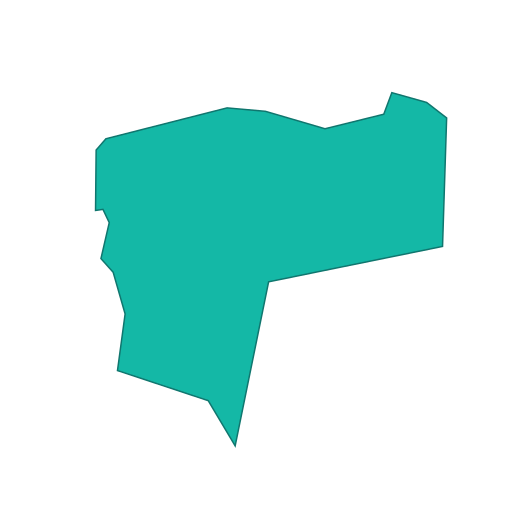 Mayom, Unity, South Sudan (Robinson projection), rotated 283°
{"feature_id": "79223893B58930219701541", "entity_name": "Mayom", "entity_type": "district", "adm_level": 2, "iso_a3": "SSD", "parent_name": "South Sudan", "parent_adm1": "Unity", "projection": "robinson", "projection_center": [29.225, 9.075], "detail": "fine", "context": "isolated", "style": "filled", "palette": "teal", "viewbox_px": 512, "rotation_deg": 283, "n_neighbors": 0, "source": "geoboundaries", "source_scale": "gbopen_adm2", "svg_char_len": 430}
<svg xmlns="http://www.w3.org/2000/svg" viewBox="0 0 512 512"><g transform="rotate(283 256 256)"><path d="M445.7,351.6L422.9,348.6L395.5,294.6L399.1,232.6L393.8,194.5L336.5,83.4L323.3,76.4L264.3,89.4L267.0,96.4L255.5,105.5L218.6,105.5L208.0,120.5L170.1,141.5L113.2,146.8L104.3,242.0L66.3,278.4L233.7,274.1L262.2,336.6L307.3,435.6L433.4,410.7L444.0,387.7L445.7,351.6Z" fill="#14b8a6" stroke="#0f766e" stroke-width="1.5"/></g></svg>